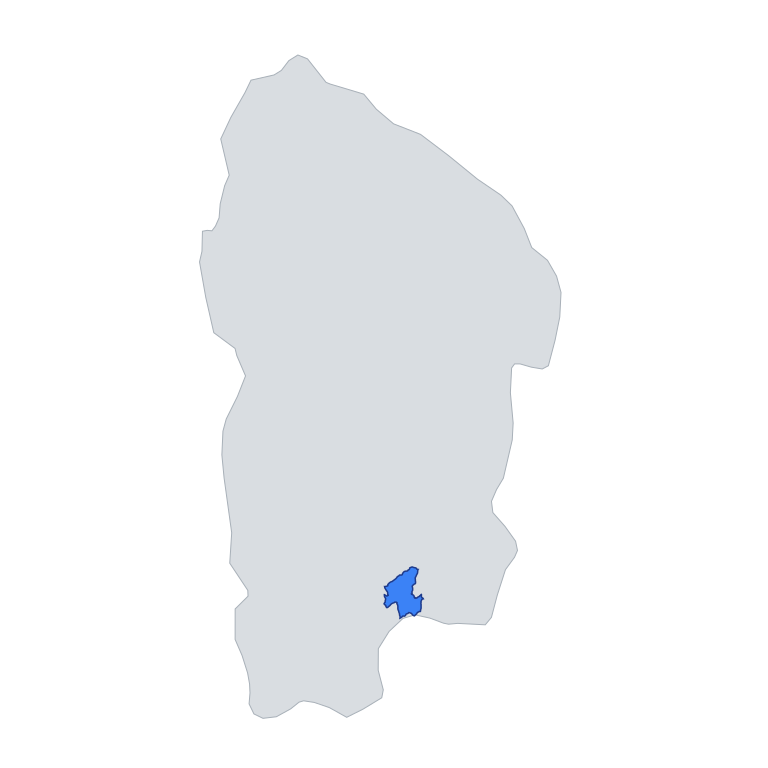 Trashiyangtse, Tashi Yangtse, Bhutan shown in context, rotated 88°
{"feature_id": "84629894B34864763924152", "entity_name": "Trashiyangtse", "entity_type": "district", "adm_level": 2, "iso_a3": "BTN", "parent_name": "Bhutan", "parent_adm1": "Tashi Yangtse", "projection": "mercator", "projection_center": [91.488, 27.563], "detail": "fine", "context": "in_parent", "style": "filled", "palette": "blue", "viewbox_px": 768, "rotation_deg": 88, "n_neighbors": 0, "source": "geoboundaries", "source_scale": "gbopen_adm2", "svg_char_len": 6402}
<svg xmlns="http://www.w3.org/2000/svg" viewBox="0 0 768 768"><g transform="rotate(88 384 384)"><path d="M626.3,327.9L625.1,332.9L619.5,346.5L615.8,361.1L618.9,373.2L631.4,387.5L648.3,398.9L669.8,399.8L689.6,395.4L697.5,397.2L708.2,416.3L715.8,432.9L705.5,449.9L699.8,464.8L697.8,475.4L699.0,480.0L705.4,488.6L712.8,503.2L713.9,516.6L709.2,525.5L699.0,530.0L688.1,528.7L679.2,528.8L668.0,530.4L650.4,535.3L634.1,541.7L603.6,540.6L591.3,527.3L585.5,527.3L557.7,544.4L527.4,541.4L472.2,547.1L449.2,548.5L425.5,546.6L413.5,542.9L391.3,530.9L371.1,522.1L350.5,530.1L343.3,531.6L326.8,552.3L291.2,559.1L255.6,564.1L245.1,561.3L225.0,560.1L224.3,555.3L224.9,550.6L220.3,546.9L212.2,543.0L198.2,541.4L180.2,536.3L169.9,531.4L133.4,538.6L112.1,527.7L88.0,512.8L75.7,506.3L71.3,483.1L67.0,475.6L57.5,467.8L52.2,458.6L56.4,449.1L80.5,431.4L82.4,427.2L93.6,394.1L109.1,382.1L124.3,365.4L135.8,338.8L158.1,311.4L182.6,283.4L199.4,260.5L210.5,249.8L233.5,238.4L252.8,231.6L266.1,216.3L282.2,207.8L298.7,203.9L323.2,206.0L346.2,211.5L371.5,219.1L374.5,225.3L372.3,236.2L368.7,247.2L368.5,252.8L372.4,255.9L397.1,258.0L427.5,256.3L444.4,257.8L482.3,268.0L493.4,275.2L505.0,280.7L516.3,279.7L530.6,268.0L545.7,258.0L555.0,256.4L561.7,259.6L573.8,269.1L598.8,278.1L621.0,284.8L628.2,291.2L625.8,318.7L626.3,327.9Z" fill="#d9dde1" stroke="#a8b0b8" stroke-width="1"/><path d="M570.5,356.5L570.3,357.5L569.3,358.1L568.9,358.7L568.6,359.9L568.5,360.4L568.1,361.5L567.8,362.2L567.8,362.4L568.0,362.8L568.1,363.3L568.5,364.3L568.7,364.7L569.5,364.9L570.1,365.1L570.6,365.9L570.8,366.5L571.4,366.8L571.7,367.3L571.8,368.1L571.8,368.9L571.9,369.6L572.2,370.4L572.8,371.1L573.4,371.6L574.3,372.2L575.0,372.3L575.4,372.7L575.5,373.2L575.5,374.0L575.5,374.9L575.5,375.2L576.0,375.6L576.4,376.2L576.7,376.8L577.0,377.4L577.8,377.9L578.4,378.4L578.9,378.9L579.3,379.4L580.0,380.4L581.0,381.9L581.7,382.8L581.8,383.5L582.2,384.5L583.1,385.8L583.6,386.3L583.9,386.6L584.2,386.9L584.7,387.2L585.2,387.3L585.7,387.2L585.9,387.7L586.1,388.0L586.3,388.3L586.2,388.8L586.3,389.3L586.4,389.6L586.6,390.1L586.5,390.5L587.7,390.3L588.4,390.0L588.9,389.7L589.3,389.5L589.8,389.2L590.6,388.7L590.9,388.6L591.0,388.4L591.3,388.2L591.5,388.0L592.0,387.8L592.7,387.6L593.4,387.6L593.8,387.7L594.2,387.7L594.4,387.6L594.6,387.4L594.9,387.2L595.2,387.2L595.1,387.5L595.3,387.7L595.6,387.8L595.8,388.1L596.0,388.4L596.0,388.8L595.7,389.2L595.6,389.4L595.4,389.7L595.2,389.8L595.1,390.0L594.9,390.4L594.5,390.9L594.5,391.0L595.1,391.0L595.8,391.0L596.5,390.9L596.8,390.8L597.3,390.5L597.7,390.3L598.1,390.1L598.3,389.9L598.9,389.9L599.2,389.9L599.5,390.0L600.0,390.1L600.4,390.2L600.5,390.3L600.8,390.4L601.1,390.4L601.6,390.4L601.9,390.4L602.1,390.6L602.3,390.7L602.4,390.8L602.6,391.0L603.0,391.3L603.3,391.5L603.6,391.6L603.9,391.5L604.1,391.4L604.3,391.1L604.5,391.0L604.6,390.9L604.8,390.8L605.0,390.4L605.1,390.2L605.3,390.1L605.5,390.0L605.7,389.9L605.8,389.9L606.0,389.9L606.3,389.8L606.5,389.8L606.7,389.6L606.9,389.5L607.2,389.3L607.4,389.3L607.5,389.2L607.6,388.8L607.5,388.4L607.3,388.0L607.2,387.8L607.0,387.6L606.8,387.4L606.6,387.2L606.3,386.8L606.2,386.6L605.9,386.2L605.7,385.9L605.4,385.7L605.1,385.3L604.7,385.1L604.3,384.6L603.8,383.9L603.5,383.4L603.3,382.8L603.1,382.2L603.0,381.7L602.8,381.3L602.4,380.9L602.4,380.2L602.4,379.8L602.5,379.4L602.6,379.0L602.9,378.7L603.2,378.6L603.4,378.8L603.9,378.8L604.2,378.7L604.6,378.5L604.9,378.3L605.2,378.1L605.7,378.0L606.1,378.1L606.5,377.9L606.8,377.9L607.2,377.9L607.7,378.0L608.1,377.9L608.5,377.9L608.8,378.0L609.2,378.0L609.7,377.9L610.1,377.8L610.5,377.7L610.9,377.5L611.4,377.3L611.7,377.3L612.1,377.2L612.5,377.1L612.8,377.0L613.2,376.9L613.5,376.8L613.9,376.6L614.3,376.5L614.7,376.5L615.2,376.6L615.6,376.5L615.9,376.4L616.3,376.2L616.8,376.1L617.1,376.1L617.5,376.1L617.8,376.1L618.2,376.1L618.6,376.2L618.4,375.7L618.2,375.4L617.9,374.9L617.6,374.3L617.2,374.0L616.8,373.7L616.6,373.3L616.6,372.9L616.6,372.4L616.7,372.1L616.7,371.9L616.7,371.7L616.6,371.3L616.3,371.0L616.0,370.6L615.5,370.3L615.1,370.2L614.7,369.8L614.5,369.4L614.4,369.1L614.3,368.5L614.1,368.1L613.8,367.7L613.3,367.3L613.4,366.7L613.5,366.3L613.6,365.9L613.8,365.6L614.0,365.2L614.1,364.9L614.2,364.6L614.5,364.3L614.8,364.2L615.1,364.0L615.5,363.7L615.8,363.4L616.1,363.2L616.4,362.7L616.6,362.2L616.8,361.9L616.8,361.7L616.6,361.4L616.4,361.3L616.1,360.9L615.9,360.7L615.6,360.4L615.3,360.0L615.0,359.6L614.8,359.3L614.5,359.2L614.1,359.0L613.7,358.7L613.3,358.2L613.1,357.6L612.9,357.2L612.6,356.8L612.6,356.4L612.6,355.8L612.6,355.6L612.2,355.4L611.8,355.4L611.3,355.3L611.0,355.3L610.7,355.2L610.3,355.1L610.0,354.9L609.7,354.8L609.3,354.8L609.0,354.8L608.6,354.7L608.2,354.7L607.7,354.7L607.4,354.7L607.1,354.7L606.7,354.7L606.2,354.6L605.8,354.6L605.4,354.7L605.0,354.8L604.7,354.8L604.4,354.7L603.9,354.6L603.5,354.6L603.1,354.6L602.7,354.6L602.4,354.5L602.0,354.3L601.6,354.1L601.2,354.0L600.8,353.8L600.6,353.5L600.4,353.3L600.2,352.8L600.1,352.2L599.7,352.4L599.2,352.8L599.1,353.2L598.9,353.4L598.5,353.8L598.2,354.0L597.8,354.0L597.4,354.0L597.0,354.0L596.7,354.0L596.3,354.0L595.9,353.9L595.6,354.1L595.8,354.4L596.1,354.6L596.3,354.8L596.6,355.1L597.0,355.8L597.3,356.0L597.6,356.1L597.7,356.5L597.9,356.9L598.0,357.3L598.2,357.7L598.4,357.9L598.7,358.2L598.9,358.5L599.1,358.9L599.0,359.3L598.7,359.7L598.9,360.0L599.2,360.3L599.0,360.7L598.7,361.0L598.4,361.2L597.9,361.1L597.6,361.2L597.3,361.4L597.2,361.4L596.8,361.5L596.4,361.6L596.0,362.1L595.4,363.0L595.1,363.7L594.8,363.9L594.6,363.5L594.3,363.2L594.0,363.2L593.7,363.2L593.2,363.4L592.7,363.3L592.4,363.3L592.1,363.1L591.7,362.9L591.5,362.7L591.1,362.6L590.7,362.6L590.3,362.5L590.0,362.5L589.7,362.5L589.3,362.5L589.0,362.5L588.7,362.6L588.3,362.6L587.9,362.7L587.7,362.8L587.3,362.9L586.9,362.8L586.7,362.6L586.4,362.4L586.1,362.1L585.8,361.8L585.6,361.4L585.4,361.2L585.2,361.0L584.9,360.6L584.8,360.2L584.7,359.8L584.3,359.5L583.9,359.5L583.4,359.4L583.0,359.3L582.6,359.4L582.2,359.5L581.9,359.5L581.4,359.5L581.1,359.5L580.7,359.5L580.4,359.5L580.0,359.5L579.6,359.6L579.2,359.6L578.7,359.5L578.3,359.4L578.0,359.1L577.6,358.9L577.2,358.7L576.8,358.5L576.4,358.3L576.0,358.2L575.7,358.0L575.3,357.8L575.1,357.6L574.8,357.4L574.4,357.2L574.0,357.1L573.6,357.0L573.2,357.0L572.7,356.9L572.4,356.9L572.0,356.8L571.6,356.7L571.2,356.7L570.8,356.8L570.5,356.5Z" fill="#3b82f6" stroke="#1e3a8a" stroke-width="1.5"/></g></svg>